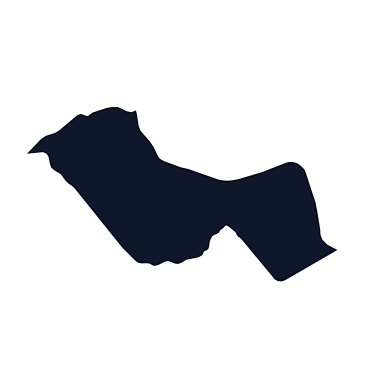 outline of Maryland, rotated 140°
{"feature_id": "LBR-781", "entity_name": "Maryland", "entity_type": "County", "adm_level": 1, "iso_a3": "LBR", "parent_name": "Liberia", "parent_adm1": "", "projection": "mercator", "projection_center": [-7.792, 4.73], "detail": "fine", "context": "isolated", "style": "filled", "palette": "ink", "viewbox_px": 384, "rotation_deg": 140, "n_neighbors": 0, "source": "natural_earth", "source_scale": "10m", "svg_char_len": 1707}
<svg xmlns="http://www.w3.org/2000/svg" viewBox="0 0 384 384"><g transform="rotate(140 192 192)"><path d="M268.4,160.8L268.4,161.2L270.2,165.4L272.9,167.9L275.7,170.0L277.9,172.6L278.8,175.9L280.4,194.4L278.8,270.9L279.3,274.2L280.3,277.4L280.9,281.2L280.3,290.2L282.8,297.4L283.3,300.8L282.2,304.3L278.5,311.0L278.0,314.6L279.9,318.8L291.7,326.9L273.0,328.9L267.7,328.1L259.3,324.6L254.7,323.8L230.4,323.8L227.5,322.6L225.9,320.1L224.7,317.6L223.1,316.4L217.3,316.0L203.3,310.4L199.0,307.8L194.9,304.3L192.8,300.3L190.8,295.5L187.6,291.4L183.6,290.1L184.9,287.3L190.1,278.9L191.4,276.4L192.3,273.7L192.8,271.2L192.6,258.3L193.2,251.4L195.7,241.9L196.1,238.9L195.4,236.2L193.9,232.6L185.6,218.1L180.4,211.1L164.8,184.7L162.5,181.7L159.9,178.9L156.9,176.4L154.2,174.5L149.0,171.6L125.9,161.5L100.5,152.9L99.0,152.1L96.4,150.0L94.6,147.6L93.8,146.3L93.2,144.6L92.7,142.6L92.3,139.5L92.3,136.1L104.8,105.0L110.0,95.5L110.1,95.4L118.6,81.2L120.9,78.2L122.1,76.1L122.9,74.0L123.5,71.6L123.3,67.0L123.0,64.5L119.1,55.1L177.0,65.3L179.6,66.2L181.0,67.1L182.6,68.7L183.4,70.3L184.0,72.2L183.7,123.7L184.0,126.5L184.5,128.0L184.6,129.3L184.4,130.5L184.0,131.9L183.9,133.2L184.0,134.6L184.3,135.7L185.1,141.0L186.1,144.0L187.2,145.2L188.5,145.5L190.0,145.2L191.6,145.1L194.0,145.3L195.0,145.2L197.4,144.5L198.8,144.5L202.7,145.7L204.6,145.8L206.4,145.4L207.7,144.9L210.6,143.3L214.4,139.8L215.6,139.0L216.9,138.6L218.1,138.7L219.6,139.2L220.7,139.4L222.0,139.2L223.1,138.7L224.1,138.0L226.0,138.0L229.0,138.7L239.9,144.6L244.7,145.2L247.7,146.1L249.4,147.3L250.4,148.5L253.5,154.3L255.1,155.7L257.2,156.7L264.5,158.5L267.2,159.8L268.3,160.7L268.4,160.8Z" fill="#0f172a" stroke="#020617" stroke-width="1.5"/></g></svg>